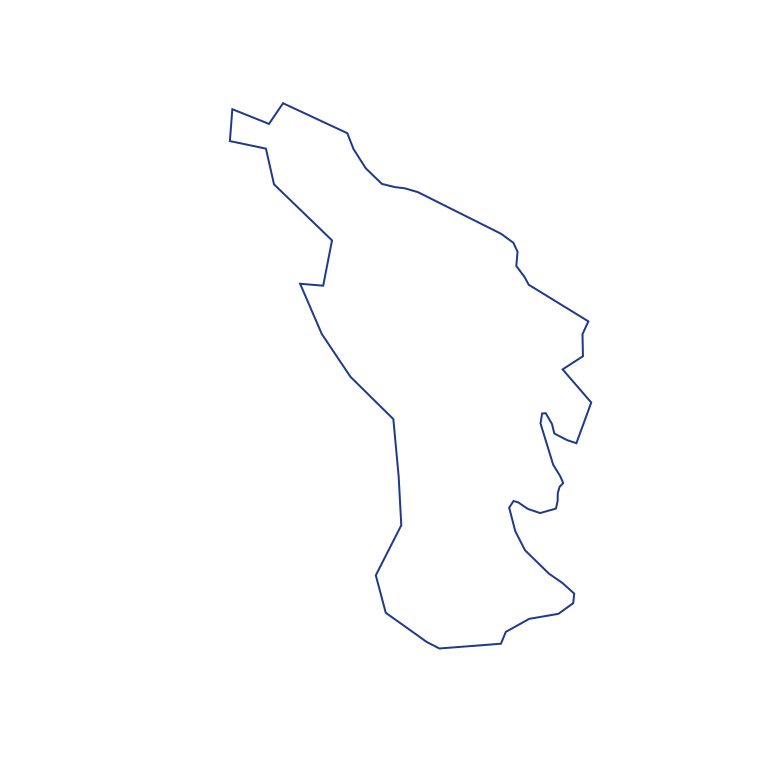 Ozolnieku, Equal Earth projection, rotated 34°
{"feature_id": "LVA-5737", "entity_name": "Ozolnieku", "entity_type": "Municipality", "adm_level": 1, "iso_a3": "LVA", "parent_name": "Latvia", "parent_adm1": "", "projection": "equal_earth", "projection_center": [23.952, 56.624], "detail": "fine", "context": "isolated", "style": "outline", "palette": "blue", "viewbox_px": 768, "rotation_deg": 34, "n_neighbors": 0, "source": "natural_earth", "source_scale": "10m", "svg_char_len": 969}
<svg xmlns="http://www.w3.org/2000/svg" viewBox="0 0 768 768"><g transform="rotate(34 384 384)"><path d="M518.4,217.8L520.7,231.7L533.4,249.7L523.9,272.0L566.2,283.5L576.6,325.5L567.0,328.2L552.9,329.8L545.6,323.2L534.4,317.8L531.6,320.0L535.8,329.2L569.4,356.3L581.8,362.0L587.9,365.9L587.1,371.3L589.1,377.3L593.3,383.8L596.2,391.1L585.6,403.7L573.2,407.1L561.3,407.1L556.8,408.6L556.9,416.5L575.1,432.6L593.9,443.0L626.9,449.0L643.1,449.2L658.9,451.4L663.4,459.9L657.1,477.0L635.7,497.5L623.6,521.4L626.2,533.9L577.8,572.3L563.6,574.0L545.8,573.5L513.4,572.7L484.2,547.2L477.3,491.4L447.8,452.4L411.4,407.9L352.2,396.8L304.4,377.3L258.4,347.8L278.6,336.5L260.6,294.0L181.2,280.0L154.5,254.9L120.4,268.8L104.6,241.0L143.2,232.7L143.3,207.7L213.3,196.6L227.4,206.3L248.3,215.4L270.4,219.3L283.1,214.6L291.9,210.1L304.8,206.0L397.1,194.0L412.3,194.6L420.8,199.7L427.7,212.2L440.7,216.7L448.5,220.8L518.4,217.8Z" fill="none" stroke="#1e3a8a" stroke-width="2"/></g></svg>